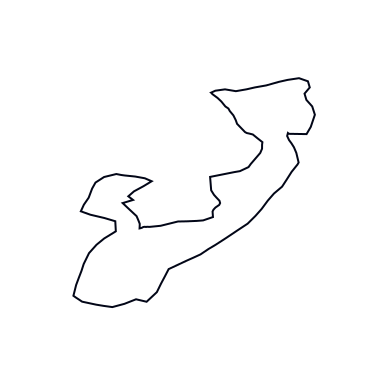 the district of Ika South, Delta, Nigeria, rotated 249°
{"feature_id": "59680162B51019344443676", "entity_name": "Ika South", "entity_type": "district", "adm_level": 2, "iso_a3": "NGA", "parent_name": "Nigeria", "parent_adm1": "Delta", "projection": "equal_earth", "projection_center": [6.215, 6.183], "detail": "fine", "context": "isolated", "style": "outline", "palette": "ink", "viewbox_px": 384, "rotation_deg": 249, "n_neighbors": 0, "source": "geoboundaries", "source_scale": "gbopen_adm2", "svg_char_len": 1861}
<svg xmlns="http://www.w3.org/2000/svg" viewBox="0 0 384 384"><g transform="rotate(249 192 192)"><path d="M220.1,334.4L228.8,334.9L237.0,331.8L243.5,332.3L247.4,339.4L253.8,339.9L259.9,332.7L262.4,321.4L263.7,312.5L264.9,299.5L267.1,288.2L268.3,279.8L270.4,269.1L276.0,259.6L278.2,250.1L277.9,245.4L277.4,245.7L276.1,246.1L270.6,249.6L266.0,251.8L259.9,253.8L256.9,255.9L254.0,256.3L248.7,258.1L243.4,258.6L239.5,258.5L228.9,263.0L227.4,264.3L226.1,266.3L223.9,269.4L218.5,272.5L213.3,275.6L211.1,274.4L207.3,272.9L204.0,269.7L197.1,256.9L195.0,253.7L194.3,244.2L195.4,238.7L199.6,214.3L186.7,210.5L181.5,211.5L178.1,212.8L174.0,214.5L171.6,214.3L170.2,212.8L169.1,208.3L167.8,205.7L166.4,204.2L161.1,202.6L161.5,192.2L163.3,186.1L166.5,176.6L169.5,168.3L171.7,150.6L174.6,140.0L175.7,137.4L175.8,136.5L176.4,135.6L176.8,133.9L176.6,132.8L176.6,131.3L176.8,130.0L178.8,130.9L181.0,131.8L184.0,131.8L187.2,131.7L189.4,131.6L192.2,130.2L199.4,126.7L206.5,123.3L205.7,134.1L210.8,131.0L213.4,138.1L214.8,148.8L216.5,158.2L221.7,152.9L226.8,144.5L231.6,135.0L233.2,132.1L235.9,127.8L237.5,115.3L235.4,105.3L231.0,100.0L223.7,93.5L218.9,86.5L213.8,81.3L207.2,89.0L199.1,100.9L192.2,109.9L182.6,106.8L180.1,93.4L177.0,84.0L171.8,73.9L171.5,73.6L163.6,65.1L157.9,60.5L152.7,55.8L146.7,50.5L137.6,44.1L134.9,45.9L132.0,48.0L129.0,50.1L125.1,56.1L121.2,62.1L117.4,68.6L113.1,76.4L111.8,88.9L111.9,101.3L105.8,110.3L111.1,123.3L117.6,130.3L122.9,136.4L128.4,142.6L129.8,162.2L130.2,169.9L130.7,177.6L132.9,187.1L134.2,194.8L136.8,207.2L139.9,220.8L142.5,232.6L146.9,242.6L151.2,250.9L156.8,259.7L161.2,268.0L164.7,278.0L169.4,284.5L175.1,292.2L179.9,300.4L181.3,302.1L185.8,302.7L191.1,303.4L197.2,303.2L201.8,302.3L205.7,301.2L210.2,300.9L212.3,302.4L212.7,302.7L211.6,303.3L205.0,319.7L210.2,326.2L220.1,334.4Z" fill="none" stroke="#020617" stroke-width="2"/></g></svg>